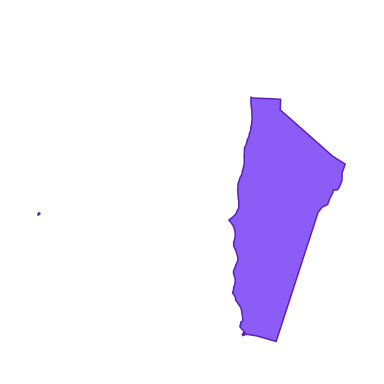 At Tuhayta, Al Hudaydah, Yemen, rotated 20°
{"feature_id": "15242507B5379899577344", "entity_name": "At Tuhayta", "entity_type": "district", "adm_level": 2, "iso_a3": "YEM", "parent_name": "Yemen", "parent_adm1": "Al Hudaydah", "projection": "equal_earth", "projection_center": [43.15, 14.086], "detail": "fine", "context": "isolated", "style": "filled", "palette": "violet", "viewbox_px": 384, "rotation_deg": 20, "n_neighbors": 0, "source": "geoboundaries", "source_scale": "gbopen_adm2", "svg_char_len": 4888}
<svg xmlns="http://www.w3.org/2000/svg" viewBox="0 0 384 384"><g transform="rotate(20 192 192)"><path d="M322.2,303.7L321.5,284.4L321.4,281.8L320.4,253.1L320.3,249.2L320.0,242.4L319.9,238.9L319.4,224.9L319.1,217.1L318.5,199.0L318.4,194.7L317.7,175.9L317.4,168.1L319.4,161.8L321.9,159.3L322.1,159.1L323.7,157.5L323.7,153.5L323.7,150.4L324.6,144.4L324.0,141.9L324.6,141.7L325.3,141.4L325.7,141.2L325.8,141.2L327.6,140.5L327.7,140.4L328.7,138.1L329.0,129.9L326.5,122.7L326.5,120.2L326.4,113.4L320.8,112.2L318.9,111.8L312.4,110.4L310.6,109.7L304.9,107.5L294.6,103.4L294.0,103.2L292.4,102.6L290.4,101.8L281.3,98.2L270.7,94.0L262.8,90.9L246.7,84.6L245.9,81.8L243.6,74.6L237.8,76.3L235.5,77.0L235.2,77.1L231.6,78.2L230.7,78.5L228.0,79.4L226.8,79.7L226.7,79.8L225.6,80.1L223.6,80.7L222.3,81.2L221.3,81.5L218.8,82.3L217.8,82.6L217.2,82.8L216.0,82.8L215.0,82.8L216.0,85.6L216.8,87.9L219.0,92.4L220.8,96.1L222.5,100.5L223.4,102.3L224.6,107.1L225.0,109.3L225.0,110.5L225.3,111.5L225.8,113.2L226.1,114.6L225.9,116.0L226.0,117.9L226.1,118.5L226.4,119.6L226.6,120.6L226.5,122.1L226.2,122.5L226.1,124.5L226.4,126.5L226.7,129.6L226.4,130.9L226.3,132.8L226.8,134.4L227.3,135.9L227.8,137.2L227.9,137.6L228.0,137.7L228.2,139.1L228.4,139.6L229.3,141.6L229.3,142.1L230.2,143.9L230.2,144.4L230.7,145.2L230.9,146.4L231.2,147.1L231.4,147.9L231.6,148.3L231.7,149.7L232.0,150.8L231.9,151.4L232.0,152.1L232.1,152.6L232.0,153.1L232.0,153.8L232.3,154.9L232.2,155.4L232.4,156.1L232.5,156.7L232.7,157.2L232.8,159.0L232.6,159.8L232.4,160.6L232.4,161.0L232.2,162.1L232.3,163.3L232.4,164.2L232.3,165.3L232.5,167.6L232.5,168.8L232.7,169.6L232.9,169.8L233.7,172.1L233.7,172.4L233.9,173.2L234.0,173.5L234.3,174.1L234.4,174.7L234.6,175.5L235.1,176.1L235.3,177.0L235.4,177.3L236.2,178.8L236.8,180.2L237.4,181.5L237.5,181.8L238.0,182.6L238.7,183.9L239.0,184.6L239.0,184.9L239.4,185.7L239.6,186.3L240.0,186.9L240.1,187.6L240.8,189.1L241.1,190.2L241.3,191.1L241.2,192.1L241.0,193.2L241.0,194.2L240.8,194.6L240.9,195.4L240.9,195.9L240.8,196.7L240.6,197.6L240.4,198.1L240.2,199.0L239.9,199.5L239.7,199.7L239.4,200.5L239.1,201.2L238.9,201.6L238.7,202.2L238.3,202.7L238.1,202.8L238.0,203.2L237.5,203.9L236.4,205.3L236.3,205.7L236.6,206.1L236.8,206.3L237.1,206.4L237.5,206.5L238.4,206.7L239.3,207.6L239.6,207.8L240.1,208.2L240.5,208.3L241.2,209.0L242.5,209.8L242.8,210.1L243.2,210.8L244.1,211.9L244.3,212.1L245.0,212.9L245.8,214.3L246.4,215.6L247.0,217.0L247.2,217.5L247.7,218.6L247.7,219.5L247.8,220.0L248.1,221.3L248.3,222.7L248.3,224.0L248.1,224.4L248.5,225.4L249.0,226.7L249.5,227.7L249.8,228.5L250.3,229.3L250.8,229.7L251.1,230.0L251.9,230.7L253.0,231.9L254.1,233.3L255.2,234.6L256.3,236.2L256.9,237.1L257.4,238.1L257.9,239.1L258.5,240.3L258.5,241.0L258.4,242.0L258.3,242.7L258.3,243.0L258.4,243.5L258.4,244.1L258.2,244.7L258.0,245.4L258.1,246.2L258.2,247.1L258.3,247.5L258.3,248.0L258.1,248.5L258.0,249.0L258.2,249.9L258.0,250.6L258.1,252.6L258.5,253.0L258.4,253.3L259.4,255.4L259.9,255.8L261.0,257.1L262.3,258.9L262.5,259.5L262.7,259.8L263.2,261.7L263.4,262.2L263.5,262.7L263.7,263.7L263.9,264.8L263.9,265.9L263.7,266.2L263.6,266.8L263.9,268.0L264.1,268.4L264.3,269.3L264.4,270.3L264.6,271.0L264.6,271.7L264.5,272.2L264.6,272.4L264.6,272.5L264.9,273.2L265.1,273.3L265.5,273.6L265.7,273.8L266.0,273.9L266.6,274.3L267.3,274.9L267.6,275.2L267.9,275.4L268.5,276.0L269.2,276.8L269.2,277.1L269.3,277.3L269.5,277.8L269.7,278.4L270.0,278.6L270.2,278.8L270.6,278.9L270.9,279.2L271.0,279.3L272.2,280.1L273.5,281.1L273.7,281.3L274.2,281.6L274.8,282.1L275.5,282.5L276.2,283.0L276.5,283.2L277.5,284.3L278.2,285.1L278.9,286.0L279.1,286.4L279.3,286.8L279.3,287.0L279.9,288.0L279.9,288.3L280.2,288.5L280.3,288.7L280.5,288.9L281.0,289.7L281.2,290.2L281.3,290.7L281.4,290.8L282.3,292.3L282.4,292.5L283.0,293.9L283.3,294.6L283.5,295.1L283.5,296.0L283.4,296.4L283.2,296.7L282.9,297.1L282.6,297.4L282.6,297.6L282.5,297.8L282.4,297.8L282.5,298.0L282.4,298.2L282.5,298.4L282.5,298.5L282.6,298.9L282.9,299.1L283.1,299.4L283.2,299.7L283.2,299.9L283.0,300.1L283.0,300.5L282.8,300.6L282.8,300.9L283.0,301.7L283.2,302.3L283.6,302.7L283.9,302.8L284.1,302.9L284.3,303.0L284.5,303.1L285.2,303.4L286.3,304.0L287.4,304.7L288.1,305.1L288.8,305.7L288.9,305.8L288.9,306.0L288.1,307.8L288.0,308.1L288.0,308.4L288.2,308.8L288.8,309.5L288.9,309.4L288.5,308.9L288.3,308.5L288.2,308.2L288.2,307.7L288.5,307.0L288.9,306.3L289.1,305.9L289.4,306.0L289.5,306.3L289.2,306.8L289.3,306.9L289.7,306.1L290.0,306.4L290.7,307.0L290.6,307.3L290.3,308.3L290.2,308.3L289.8,308.3L289.6,308.2L289.5,308.5L289.2,308.4L289.2,308.5L289.5,308.7L290.0,308.7L290.3,308.5L290.5,308.3L290.6,307.9L290.7,307.4L291.0,307.4L292.4,307.0L293.1,306.8L294.7,306.5L295.6,306.3L297.9,305.9L298.6,305.7L298.9,305.7L301.6,305.1L304.5,304.9L322.2,303.7ZM55.8,265.9L56.3,265.3L56.3,264.0L55.0,264.0L55.0,265.4L55.0,266.2L55.4,266.2L55.8,265.9Z" fill="#8b5cf6" stroke="#5b21b6" stroke-width="1.5"/></g></svg>